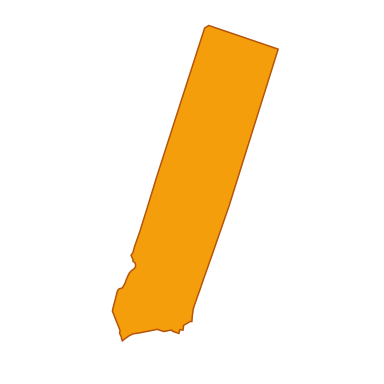 outline of Tura, Al Qahirah, Egypt, rotated 290°
{"feature_id": "37247803B1884066406604", "entity_name": "Tura", "entity_type": "district", "adm_level": 2, "iso_a3": "EGY", "parent_name": "Egypt", "parent_adm1": "Al Qahirah", "projection": "robinson", "projection_center": [31.303, 29.94], "detail": "fine", "context": "isolated", "style": "filled", "palette": "amber", "viewbox_px": 384, "rotation_deg": 290, "n_neighbors": 0, "source": "geoboundaries", "source_scale": "gbopen_adm2", "svg_char_len": 2431}
<svg xmlns="http://www.w3.org/2000/svg" viewBox="0 0 384 384"><g transform="rotate(290 192 192)"><path d="M191.8,231.6L355.7,224.1L354.2,150.8L350.4,147.8L190.6,153.8L185.8,154.1L162.4,155.3L140.9,156.3L138.0,156.5L136.6,156.5L136.0,156.5L120.3,156.7L119.2,156.9L118.1,157.0L117.0,157.0L115.4,157.2L114.5,157.2L113.8,157.0L113.4,156.9L112.9,156.7L112.5,156.5L112.0,156.4L111.7,156.4L111.4,156.5L110.9,157.1L109.0,159.0L108.5,159.5L108.3,159.7L108.2,159.8L107.7,159.9L107.4,159.9L107.3,160.0L106.9,160.1L106.7,160.3L106.5,160.7L106.4,161.2L106.4,161.4L106.3,161.6L106.2,162.1L106.1,162.3L105.8,162.6L105.2,163.2L104.8,163.5L104.4,163.7L104.0,163.9L103.5,164.2L103.0,164.3L102.4,164.4L101.9,164.4L101.0,164.2L100.4,164.0L99.7,163.6L99.1,163.2L98.7,162.9L98.2,162.6L97.5,162.1L96.6,161.7L95.5,161.2L95.1,161.0L94.4,160.8L93.5,160.7L92.6,160.6L91.4,160.5L90.4,160.4L89.0,160.4L88.3,160.3L87.6,160.2L86.3,160.2L84.8,160.3L83.9,160.2L83.1,160.2L82.5,160.2L81.8,160.0L81.6,160.0L78.0,159.3L77.9,159.2L77.7,159.1L77.2,158.2L76.7,157.4L76.6,157.2L76.4,157.0L76.3,156.9L76.2,156.8L76.1,156.7L75.9,156.6L75.6,156.4L75.4,156.3L75.3,156.2L75.2,156.2L74.9,156.1L74.7,156.0L74.4,156.0L74.2,155.9L73.9,155.9L73.6,155.9L73.3,155.8L73.1,155.8L69.8,156.1L65.0,156.6L63.4,156.8L60.8,157.0L60.7,157.0L59.1,157.2L57.4,157.3L56.0,157.5L55.5,157.5L54.4,157.7L53.5,157.8L53.2,157.9L52.6,158.1L52.3,158.3L52.2,158.4L52.1,158.5L51.8,158.8L51.7,158.9L51.7,159.0L51.3,159.3L50.5,160.0L50.2,160.4L49.4,161.0L48.9,161.5L48.2,162.0L47.4,162.7L46.6,163.5L45.5,164.3L44.5,165.3L43.8,166.0L43.3,166.4L42.7,166.9L42.2,167.4L41.7,167.8L41.5,168.0L41.4,168.1L41.1,168.5L40.8,168.7L40.7,168.8L40.4,169.0L40.2,169.2L40.0,169.4L39.2,170.0L38.2,170.9L37.0,171.8L36.5,172.0L34.9,172.1L33.5,173.2L33.3,173.4L33.2,173.5L32.5,174.3L32.2,174.6L32.0,174.8L31.5,175.2L30.1,175.9L28.3,177.4L30.9,179.0L35.5,182.2L38.5,185.1L42.0,191.5L44.9,196.2L48.2,201.7L51.1,206.4L51.1,209.9L51.2,211.1L51.2,212.8L51.8,214.3L53.5,216.9L54.7,219.0L55.3,220.4L54.5,221.3L54.5,223.4L54.6,228.1L56.3,227.9L58.5,227.6L59.1,230.8L63.7,229.8L63.8,229.8L64.0,229.9L67.8,233.1L69.5,234.3L70.3,236.2L75.1,234.8L75.3,234.8L76.1,234.5L76.9,234.4L78.0,234.2L82.5,233.2L83.5,233.1L83.9,233.1L88.8,233.0L92.2,233.0L94.2,232.9L94.3,232.9L102.6,232.9L109.8,232.7L111.9,232.7L114.1,232.6L118.5,232.6L121.0,232.6L130.9,232.5L145.1,232.3L191.8,231.6Z" fill="#f59e0b" stroke="#b45309" stroke-width="1.5"/></g></svg>